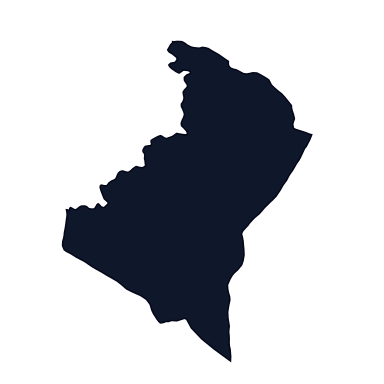 the district of Kaoh Soutin, Kâmpóng Cham, Cambodia, rotated 115°
{"feature_id": "14789045B43431030516804", "entity_name": "Kaoh Soutin", "entity_type": "district", "adm_level": 2, "iso_a3": "KHM", "parent_name": "Cambodia", "parent_adm1": "Kâmpóng Cham", "projection": "equal_earth", "projection_center": [105.361, 11.887], "detail": "fine", "context": "isolated", "style": "filled", "palette": "ink", "viewbox_px": 384, "rotation_deg": 115, "n_neighbors": 0, "source": "geoboundaries", "source_scale": "gbopen_adm2", "svg_char_len": 3905}
<svg xmlns="http://www.w3.org/2000/svg" viewBox="0 0 384 384"><g transform="rotate(115 192 192)"><path d="M162.7,114.9L160.5,114.1L156.8,113.5L153.0,112.9L150.1,112.7L147.4,112.5L144.4,111.9L141.5,111.3L138.9,111.2L136.2,111.1L133.3,110.7L130.9,110.2L128.5,109.9L125.2,109.6L122.1,109.4L117.9,108.6L114.7,108.4L104.7,108.4L102.3,107.7L98.5,107.6L94.6,107.4L89.5,107.7L89.9,110.0L90.2,114.5L91.0,120.7L91.4,123.8L91.5,126.8L89.8,128.1L88.2,129.3L85.8,129.8L82.4,130.1L78.9,132.8L76.1,135.5L73.8,137.3L71.6,138.5L67.1,147.6L65.2,152.2L64.1,157.0L62.7,161.8L61.4,165.4L58.8,168.7L57.9,170.0L57.4,173.7L56.9,179.0L56.7,183.4L58.2,187.2L60.6,190.3L62.0,192.3L63.0,195.4L62.8,199.0L62.6,203.5L63.2,206.3L63.4,209.5L62.3,211.8L61.0,213.0L58.2,214.3L57.5,218.8L56.2,226.2L55.9,230.3L55.5,234.8L55.1,237.8L55.6,240.8L56.6,243.9L58.3,245.7L59.2,247.7L60.5,251.6L61.0,254.2L60.9,258.3L60.2,261.5L60.0,264.6L60.5,266.0L61.9,269.3L63.5,271.8L63.9,273.1L64.7,272.6L67.5,273.6L71.3,273.9L73.5,274.1L74.8,271.8L75.1,268.1L76.6,262.4L78.7,261.4L81.8,262.2L84.3,265.8L86.6,266.7L87.8,265.3L88.6,262.9L89.6,257.4L89.7,254.0L86.9,252.3L85.5,251.6L84.8,250.6L84.3,249.0L83.4,246.4L84.0,243.9L85.6,243.8L88.1,246.2L91.3,247.4L93.8,246.2L94.9,244.7L96.6,241.8L98.4,240.6L100.2,241.1L103.0,242.0L105.3,242.2L107.9,240.5L109.7,239.1L112.1,238.4L114.6,238.4L116.8,238.8L119.0,237.7L120.7,235.5L123.5,232.6L125.1,231.5L128.1,231.1L131.0,231.2L134.3,230.8L136.4,229.4L137.3,226.6L139.0,222.6L140.4,221.2L141.9,220.6L142.9,221.9L144.1,225.5L145.5,230.8L147.4,231.7L150.2,233.4L152.3,235.6L154.3,237.6L154.7,239.7L154.2,242.7L154.2,244.3L155.5,245.7L156.9,246.9L158.4,248.0L160.7,249.7L162.5,250.8L163.5,250.5L165.4,249.0L167.4,248.9L168.7,251.2L170.4,253.6L172.3,254.1L174.9,254.1L176.2,253.3L177.2,251.4L178.9,250.1L181.0,249.5L182.0,249.0L183.0,248.1L185.5,246.6L187.3,245.4L188.0,245.2L190.3,246.5L191.2,247.6L192.0,250.3L192.5,253.3L194.2,254.5L196.1,255.5L198.3,256.3L200.4,257.5L201.3,258.5L201.8,260.5L202.3,263.9L203.1,264.9L203.9,265.8L205.7,266.6L207.7,266.8L210.4,266.6L212.5,266.7L214.2,267.8L216.0,269.5L218.8,271.1L222.1,271.7L223.3,273.7L224.1,277.2L225.2,277.7L226.8,277.1L229.5,274.7L232.4,271.7L235.2,268.7L236.5,264.5L237.3,263.0L238.9,263.3L240.7,264.0L242.7,264.8L243.4,264.9L243.9,268.0L242.5,271.1L242.4,272.1L243.4,272.7L245.0,272.8L247.0,273.0L248.1,273.3L248.8,273.7L249.4,274.6L249.9,275.8L250.4,277.3L250.6,278.9L249.8,281.3L249.9,282.9L250.5,284.3L251.6,286.4L253.0,287.5L256.1,289.0L257.7,290.4L257.6,292.5L257.4,295.5L258.4,295.9L260.4,295.3L260.8,297.2L261.1,298.3L262.0,297.7L263.0,296.9L265.2,295.7L266.9,295.0L269.7,294.2L274.0,292.8L278.8,291.4L282.5,290.5L285.6,289.4L288.5,288.7L291.6,288.2L295.4,286.6L298.4,283.3L298.9,280.1L299.0,276.2L299.9,269.2L300.2,262.5L300.3,260.1L301.3,254.1L302.0,249.6L302.8,238.9L303.3,235.0L303.6,230.9L304.3,222.7L305.5,217.2L307.5,210.4L307.7,203.8L307.6,198.9L307.5,195.3L307.9,192.0L308.6,187.9L310.1,185.0L311.6,182.4L313.8,180.4L316.0,178.5L318.8,175.1L320.3,172.6L322.0,170.0L323.5,167.1L324.0,165.3L322.5,162.9L321.5,161.9L320.3,160.9L319.5,158.8L317.7,156.9L317.0,156.1L316.0,153.5L315.1,151.3L313.0,149.0L311.3,147.2L309.7,145.5L309.5,143.2L315.5,135.1L321.1,120.9L325.0,105.4L327.0,95.3L328.9,85.7L327.0,86.5L324.8,87.4L321.6,89.2L318.3,91.1L315.8,93.1L313.1,94.6L309.5,96.2L306.2,97.9L303.2,99.7L300.4,100.7L297.8,101.6L295.1,103.4L291.3,106.0L285.8,108.9L279.8,110.7L273.8,112.1L270.7,113.9L268.3,116.1L265.5,118.2L261.3,120.6L255.1,120.8L250.6,120.4L247.2,119.5L245.9,118.9L243.0,117.7L237.1,116.2L232.6,116.7L227.2,118.2L222.7,120.5L218.9,122.7L215.2,124.8L212.3,126.8L209.6,129.0L208.4,129.6L205.7,129.5L201.3,128.2L198.7,127.3L195.5,126.7L191.8,125.5L188.8,124.5L186.2,123.3L183.3,121.9L179.6,120.8L178.6,120.5L177.2,120.2L175.0,119.5L171.6,118.2L168.5,117.1L165.1,115.7L162.7,114.9Z" fill="#0f172a" stroke="#020617" stroke-width="1.5"/></g></svg>